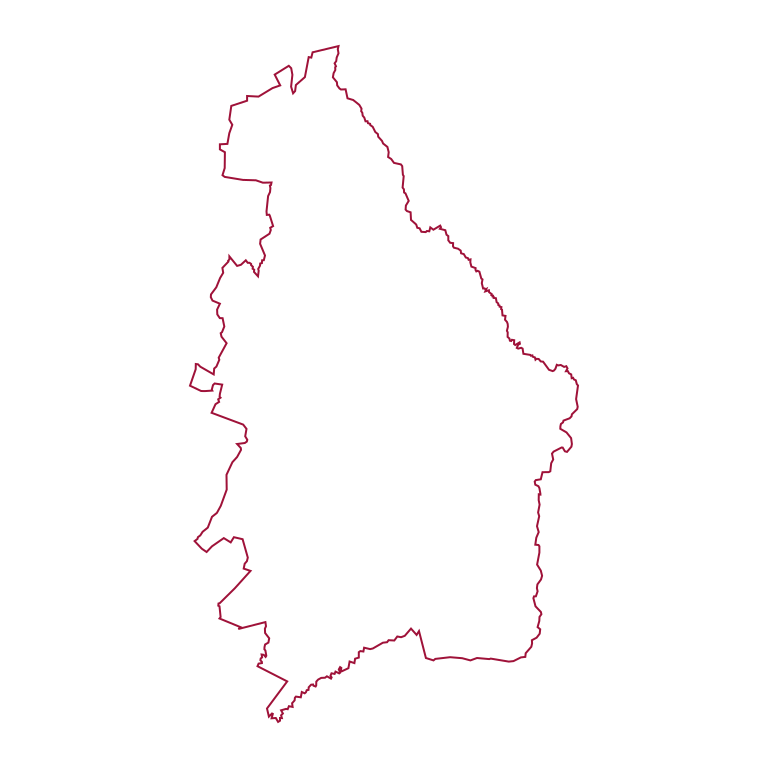 the district of Cuauhtémoc, Colima, Mexico
{"feature_id": "50627088B85781169785703", "entity_name": "Cuauhtémoc", "entity_type": "district", "adm_level": 2, "iso_a3": "MEX", "parent_name": "Mexico", "parent_adm1": "Colima", "projection": "natural_earth1", "projection_center": [-103.581, 19.339], "detail": "fine", "context": "isolated", "style": "outline", "palette": "rose", "viewbox_px": 768, "rotation_deg": 0, "n_neighbors": 0, "source": "geoboundaries", "source_scale": "gbopen_adm2", "svg_char_len": 6094}
<svg xmlns="http://www.w3.org/2000/svg" viewBox="0 0 768 768"><path d="M525.3,656.9L525.7,653.2L531.3,646.8L532.1,643.4L531.9,640.2L536.6,637.7L539.7,633.7L540.2,629.3L537.6,627.1L539.3,621.0L539.5,616.9L541.4,614.2L540.9,612.0L535.5,606.3L533.4,598.2L534.0,596.4L535.9,596.3L537.6,591.3L536.9,588.1L537.4,584.4L541.0,579.5L542.1,575.8L540.8,570.6L537.1,564.6L539.4,552.6L539.4,546.3L538.5,545.0L535.3,544.7L536.3,537.7L538.7,532.1L537.0,526.2L539.2,516.2L538.1,512.5L539.6,504.6L538.7,500.2L538.8,494.3L540.4,494.6L540.4,493.8L539.4,488.1L538.4,486.2L535.3,484.7L534.7,481.6L535.8,480.1L540.8,479.3L542.5,472.2L548.8,472.1L550.3,471.3L551.2,463.2L553.2,459.5L552.0,453.6L553.6,451.6L561.6,447.5L562.7,447.6L564.9,451.3L567.0,451.9L571.4,446.7L571.9,444.0L571.1,438.1L566.5,432.4L560.3,428.8L560.4,426.3L560.9,424.0L563.0,422.4L563.5,420.6L569.6,418.3L571.5,416.4L571.9,414.3L577.2,409.1L577.7,406.8L576.1,399.1L578.0,385.5L576.8,384.1L575.8,380.3L573.9,379.4L573.1,377.8L571.7,378.2L571.2,374.4L569.0,373.3L567.8,371.1L566.0,371.2L567.5,368.4L566.3,366.2L564.1,366.9L560.8,365.0L558.2,365.4L556.8,364.8L555.4,368.8L554.0,370.5L552.7,371.1L549.0,369.8L543.1,361.7L540.7,361.4L538.7,359.0L536.5,358.8L535.5,359.7L534.9,357.4L532.7,356.7L532.4,355.4L530.8,355.7L530.3,354.9L523.4,353.8L522.6,348.6L521.2,347.8L518.2,348.6L516.8,347.9L518.2,344.7L519.9,343.8L519.6,342.4L515.2,345.0L514.0,344.0L514.2,340.2L511.9,339.8L511.2,341.0L509.9,340.7L509.4,338.5L507.6,336.9L507.7,332.3L506.9,330.8L507.9,326.8L507.7,324.0L507.0,322.0L505.0,319.7L505.5,315.9L502.5,315.4L502.0,309.7L501.1,309.1L501.4,307.1L499.6,306.7L499.5,305.5L498.3,305.0L498.2,303.4L496.6,302.1L495.9,298.2L493.6,297.9L493.6,296.8L492.6,296.5L492.9,295.6L491.4,295.1L491.7,294.1L489.1,292.2L488.9,290.3L485.3,291.4L486.3,289.0L485.4,289.5L484.6,288.4L483.1,288.5L481.8,283.2L482.5,279.4L481.3,278.5L479.4,271.7L477.6,270.8L476.3,271.4L475.5,269.9L475.6,268.1L471.4,266.6L470.3,262.3L470.5,259.4L468.6,259.8L467.9,258.1L465.8,257.5L463.8,254.1L461.1,253.3L460.7,250.6L458.0,248.7L453.9,247.7L453.0,246.3L453.1,243.1L450.2,242.8L448.3,240.3L448.3,236.1L446.5,234.7L445.3,230.2L439.9,228.8L441.0,227.2L440.2,225.6L433.4,229.7L430.3,227.4L429.3,231.3L426.9,231.0L425.7,232.1L421.4,231.8L419.6,228.3L417.3,227.8L416.2,224.5L411.0,219.9L410.6,212.3L407.0,211.1L405.6,209.6L405.9,205.5L408.7,200.9L405.5,193.4L404.1,192.5L403.9,189.3L402.6,187.6L403.7,176.1L402.9,174.8L402.2,166.1L400.9,164.4L394.0,162.9L391.2,159.0L388.1,157.0L388.7,152.2L387.4,146.9L383.1,143.5L382.0,140.9L378.2,136.7L377.9,134.1L375.3,132.0L372.7,126.8L370.3,125.1L370.1,123.8L368.0,123.2L367.5,121.2L365.5,121.3L364.3,117.6L362.7,115.7L362.3,112.7L361.2,111.2L361.5,108.6L359.3,104.9L353.2,100.0L347.5,98.3L345.6,89.3L341.0,89.5L339.5,88.5L337.2,85.4L336.9,82.2L332.9,77.3L333.6,73.2L335.3,70.0L335.2,67.2L336.0,66.3L334.6,63.3L336.2,61.2L336.7,57.5L338.5,53.3L337.8,49.2L338.5,46.1L312.6,52.3L311.3,57.6L308.7,57.1L304.9,77.1L295.9,85.0L295.1,91.1L293.1,93.3L291.1,86.7L292.4,74.8L291.2,68.2L288.8,65.8L274.7,74.6L280.2,85.4L272.5,88.1L258.5,96.6L247.1,96.0L247.1,100.7L231.3,105.9L229.3,119.7L232.3,124.8L229.3,133.2L227.4,143.9L219.9,144.3L219.9,149.4L224.9,152.2L224.7,168.1L222.5,175.2L224.7,176.9L242.9,179.9L255.9,180.3L262.9,182.7L271.5,182.5L271.0,185.0L269.9,185.5L270.4,188.2L270.0,192.1L268.1,196.1L266.5,211.4L266.8,214.9L269.3,214.7L269.9,215.9L273.1,226.1L270.2,227.8L270.8,230.0L269.5,233.7L260.6,239.5L260.1,243.8L265.0,255.5L263.8,260.2L262.1,260.3L261.9,263.1L260.2,263.5L260.0,265.7L258.2,269.0L258.7,270.7L258.0,276.3L254.0,271.9L254.2,269.7L252.6,268.7L252.9,266.8L251.1,265.1L251.1,263.9L249.5,262.8L247.7,262.8L245.8,260.3L240.9,264.8L237.1,265.9L229.4,256.4L229.4,259.3L228.1,260.9L228.4,261.6L222.4,267.9L223.2,272.8L220.1,278.0L216.3,287.3L211.0,294.4L210.8,297.2L212.5,300.6L219.9,303.7L217.1,309.6L217.3,314.4L219.8,318.1L222.6,318.2L224.3,326.5L222.0,332.2L220.7,333.2L221.5,336.7L226.6,343.2L218.7,357.7L219.3,359.8L216.4,366.6L214.2,368.5L213.7,374.4L200.3,366.7L198.0,364.3L195.8,364.0L195.7,369.2L190.0,385.7L201.1,391.0L204.7,391.1L212.3,390.6L211.8,389.6L213.0,385.1L214.6,383.5L222.2,384.6L219.9,393.8L219.6,396.8L220.5,397.7L218.2,399.3L219.1,401.9L215.5,404.2L211.6,412.8L243.2,424.6L246.5,428.9L245.2,436.3L247.3,439.8L246.8,441.6L244.8,443.0L237.1,444.0L240.8,448.0L241.0,449.9L237.1,457.0L232.4,462.2L226.5,474.8L226.7,489.6L220.8,505.8L216.9,512.9L212.0,516.8L207.8,527.6L202.6,531.8L200.3,535.4L197.9,537.2L197.5,538.9L194.6,541.1L201.8,548.7L206.6,552.0L212.0,546.3L223.8,538.1L230.7,542.4L233.9,537.2L242.6,539.2L247.8,557.6L246.9,561.2L244.7,563.7L243.7,568.6L250.5,570.9L234.9,588.2L219.7,603.2L218.5,603.5L218.3,605.7L219.5,606.3L220.6,617.0L219.5,618.5L240.9,627.3L238.3,629.0L265.4,622.1L266.0,626.2L264.9,628.7L265.1,633.0L269.2,638.3L268.4,642.6L265.1,644.5L264.5,647.1L264.4,649.3L265.4,650.5L266.3,655.8L265.6,656.9L263.7,654.8L261.6,654.5L262.1,657.4L260.7,658.5L260.4,660.2L261.9,661.9L261.9,663.1L258.6,663.6L257.5,666.2L287.2,681.4L267.0,708.5L268.9,716.6L272.0,713.5L272.8,713.9L271.6,718.3L275.8,718.0L278.1,721.9L280.0,720.7L280.0,718.0L281.9,718.1L281.1,715.3L282.9,713.5L281.1,710.3L286.0,708.9L287.7,709.2L288.9,706.2L292.6,706.9L292.1,703.2L294.6,700.4L294.9,697.8L295.9,696.6L300.8,697.3L301.8,692.0L304.7,693.3L305.9,692.3L306.7,690.2L308.5,689.9L308.7,687.3L311.1,684.7L313.1,684.5L313.5,685.7L315.6,686.5L316.2,685.5L316.3,681.6L318.1,679.6L321.2,677.9L325.1,677.7L326.9,676.3L331.0,678.6L331.6,677.4L330.5,675.7L331.5,673.3L334.6,673.9L335.5,671.6L339.2,673.4L340.2,672.6L338.8,669.4L340.1,667.1L341.3,667.9L340.9,671.0L341.8,671.3L348.4,668.2L349.6,661.5L354.4,663.1L355.1,658.7L358.8,657.6L358.8,652.2L360.3,651.1L363.4,651.5L364.1,647.7L370.1,649.1L372.8,648.5L382.9,642.7L387.1,642.2L388.6,640.2L394.3,640.5L397.3,636.5L401.1,637.2L404.8,635.8L411.0,628.6L416.6,634.9L419.0,631.1L425.9,658.0L433.5,660.4L435.3,658.9L450.1,657.2L462.2,658.2L470.4,660.4L477.0,658.0L489.3,659.1L490.7,658.6L508.8,661.6L513.5,661.1L520.9,657.4L525.3,656.9Z" fill="none" stroke="#9f1239" stroke-width="2"/></svg>